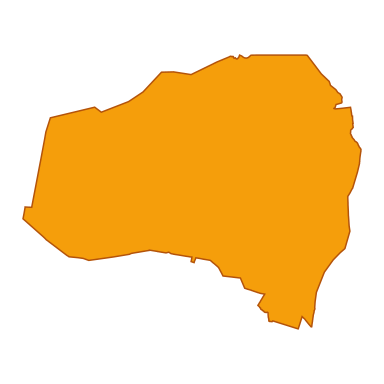 the district of Villa de Reyes, San Luis Potosí, Mexico
{"feature_id": "50627088B7825328231561", "entity_name": "Villa de Reyes", "entity_type": "district", "adm_level": 2, "iso_a3": "MEX", "parent_name": "Mexico", "parent_adm1": "San Luis Potosí", "projection": "orthographic", "projection_center": [-100.911, 21.834], "detail": "fine", "context": "isolated", "style": "filled", "palette": "amber", "viewbox_px": 384, "rotation_deg": 0, "n_neighbors": 0, "source": "geoboundaries", "source_scale": "gbopen_adm2", "svg_char_len": 4894}
<svg xmlns="http://www.w3.org/2000/svg" viewBox="0 0 384 384"><path d="M311.6,327.4L311.8,326.2L312.0,324.3L312.3,322.3L312.5,321.3L312.5,320.9L312.7,319.6L312.8,318.8L312.9,317.9L313.1,316.8L313.2,315.7L313.3,315.0L314.0,312.4L314.2,310.5L314.3,310.4L314.5,310.0L314.6,309.8L314.7,309.3L314.9,309.0L314.9,308.8L314.8,308.0L314.7,307.7L315.1,301.8L316.4,292.3L323.5,274.3L324.4,272.1L333.2,259.9L340.2,252.7L344.9,248.6L349.9,231.2L349.1,225.7L348.7,219.2L348.5,216.4L348.4,215.7L348.4,215.4L348.3,211.5L348.1,207.3L348.1,207.0L348.0,205.0L348.0,202.8L347.9,201.0L347.9,200.6L347.9,200.3L347.8,198.9L347.8,196.4L350.0,192.9L351.5,190.0L351.9,189.2L352.6,188.3L357.4,172.3L359.2,164.8L359.4,163.8L359.5,163.6L359.5,162.5L359.5,162.1L359.7,161.8L359.7,160.2L359.8,159.5L359.8,158.9L360.1,156.3L360.8,151.6L360.9,151.4L360.9,151.0L360.9,150.0L360.9,149.9L361.0,149.7L360.7,148.8L360.5,148.6L360.4,148.3L360.1,148.0L359.8,147.7L359.1,146.7L358.9,146.3L358.9,146.2L358.7,145.7L358.4,145.4L358.0,144.3L357.7,143.6L357.6,143.3L357.4,143.0L356.5,142.1L356.4,142.1L356.2,141.9L354.9,141.1L354.5,140.4L354.1,139.7L352.6,138.0L352.4,137.7L352.0,137.2L352.0,136.6L351.8,136.2L351.4,135.8L351.3,135.6L351.1,134.7L350.7,134.2L350.4,133.3L350.6,132.6L350.7,130.2L350.9,129.9L351.2,129.6L352.3,128.7L352.7,127.9L353.2,127.5L352.7,123.6L352.9,123.6L353.1,123.5L352.9,121.9L352.6,119.9L352.5,116.1L351.9,116.0L351.8,115.7L351.7,114.9L351.6,114.2L351.5,113.4L351.4,112.5L351.2,111.6L351.1,110.7L351.0,109.9L350.8,109.0L350.5,107.3L342.0,108.3L335.6,108.9L333.9,108.5L333.9,108.4L334.3,108.1L335.2,107.3L335.5,106.3L335.7,105.5L336.1,104.5L338.3,103.9L339.0,103.7L340.0,103.4L340.8,103.2L341.6,102.9L341.9,102.4L342.0,101.8L341.8,100.7L341.7,98.9L342.0,98.2L342.1,97.4L342.0,97.0L340.6,94.8L340.1,93.9L337.8,92.5L335.9,89.7L332.9,87.3L330.5,85.4L330.3,84.9L330.0,83.7L329.1,81.3L328.8,81.0L328.2,80.5L321.3,73.9L307.3,55.4L307.0,55.3L306.5,55.2L306.1,55.1L305.7,55.1L302.5,55.1L301.0,55.1L296.9,55.1L295.3,55.1L279.9,55.1L279.0,55.1L269.6,55.1L268.9,55.1L265.0,55.1L262.0,55.1L261.1,55.1L256.4,55.1L251.0,55.2L248.3,57.5L246.6,58.1L244.6,57.9L243.4,57.3L241.7,56.0L239.6,55.1L238.8,57.2L237.4,58.8L236.3,58.9L235.3,57.8L234.1,58.3L233.8,57.8L233.5,57.0L233.2,56.5L232.7,56.4L232.1,56.8L231.5,56.4L231.0,56.3L230.2,56.3L229.4,56.8L216.9,62.0L191.1,74.6L173.6,71.9L161.5,72.2L143.0,92.0L128.6,101.6L101.3,112.2L94.7,107.2L50.9,117.7L50.4,117.8L45.9,131.9L44.6,139.3L44.4,140.4L40.5,161.2L40.3,162.2L31.7,207.3L28.4,207.2L25.1,207.0L25.1,207.3L24.1,213.2L23.0,218.8L35.2,229.6L39.6,233.5L42.9,236.4L44.8,238.2L46.3,239.8L47.0,240.3L52.3,244.3L66.9,255.4L68.9,256.6L69.0,256.8L78.2,257.7L83.2,258.4L88.8,260.4L106.0,258.0L113.7,256.9L129.4,254.3L131.1,253.5L132.4,253.2L141.4,251.7L146.7,250.8L148.7,250.5L149.0,250.5L149.2,250.1L149.3,250.1L157.3,251.4L157.4,251.5L157.5,251.5L166.0,252.9L168.8,252.2L170.8,253.5L171.1,253.7L172.1,253.8L173.2,254.1L175.4,254.5L178.1,254.9L186.9,256.4L188.0,256.5L190.1,256.9L190.6,256.9L191.9,257.1L191.8,257.4L191.7,258.5L191.1,261.6L192.0,261.9L193.4,262.4L194.1,262.6L194.6,260.9L195.3,259.4L195.8,258.1L195.9,257.8L200.0,258.5L202.5,259.0L202.9,259.1L206.6,259.7L207.2,259.8L209.5,260.2L210.1,260.3L210.4,260.5L210.6,260.6L213.3,263.0L213.9,263.4L217.7,266.7L218.6,267.6L221.7,273.4L222.8,275.6L223.0,276.0L231.8,277.0L235.1,277.4L235.3,277.4L235.7,277.5L235.8,277.5L236.0,277.5L237.6,277.7L240.4,278.0L244.7,288.2L247.9,289.3L248.0,289.3L249.7,289.8L249.8,289.8L251.4,290.3L251.5,290.4L251.7,290.5L252.0,290.6L252.5,290.7L252.7,290.8L252.8,290.8L253.0,290.9L253.3,291.0L253.5,291.1L253.8,291.2L254.1,291.3L256.8,292.2L257.8,292.6L258.1,292.6L260.5,293.4L264.7,294.1L264.1,295.2L263.3,296.4L262.5,297.7L262.1,298.5L261.9,298.8L260.9,300.4L260.5,301.1L260.1,301.9L259.2,303.2L258.7,304.2L258.0,305.4L257.9,305.4L257.9,305.5L258.5,305.9L258.8,306.2L259.0,306.4L259.2,306.6L259.6,307.1L259.8,307.5L260.1,307.9L260.5,308.0L260.7,308.8L260.8,309.1L261.0,309.4L261.3,309.6L261.6,309.7L261.9,309.7L262.2,310.2L262.6,310.6L262.9,310.6L263.2,310.9L263.4,311.0L263.8,311.2L264.0,311.4L264.0,311.7L264.1,311.8L264.4,312.0L264.6,312.1L264.9,312.3L265.1,312.4L265.3,312.3L265.6,312.4L265.8,312.4L266.0,312.4L266.4,312.4L266.6,312.5L266.8,312.5L267.0,312.3L267.1,312.2L267.3,312.2L267.5,312.3L267.8,312.5L268.0,312.7L268.0,312.8L268.1,313.0L268.1,313.5L268.1,314.6L268.3,317.3L268.6,318.1L268.7,318.4L268.6,318.5L268.7,319.3L269.0,320.0L268.8,320.5L268.8,320.9L269.0,321.2L269.4,321.4L269.7,321.5L269.9,321.4L270.2,321.4L270.4,321.5L270.6,321.5L270.8,321.5L271.1,321.6L271.3,321.6L271.6,321.6L271.8,321.6L272.0,321.7L272.8,320.9L283.9,324.4L298.2,328.9L298.3,328.8L298.4,328.5L298.4,328.3L298.4,328.2L299.7,324.3L302.1,316.6L304.1,318.5L304.7,319.0L304.9,319.3L306.2,321.0L306.4,321.2L308.8,324.2L311.1,326.8L311.6,327.3L311.6,327.4Z" fill="#f59e0b" stroke="#b45309" stroke-width="1.5"/></svg>